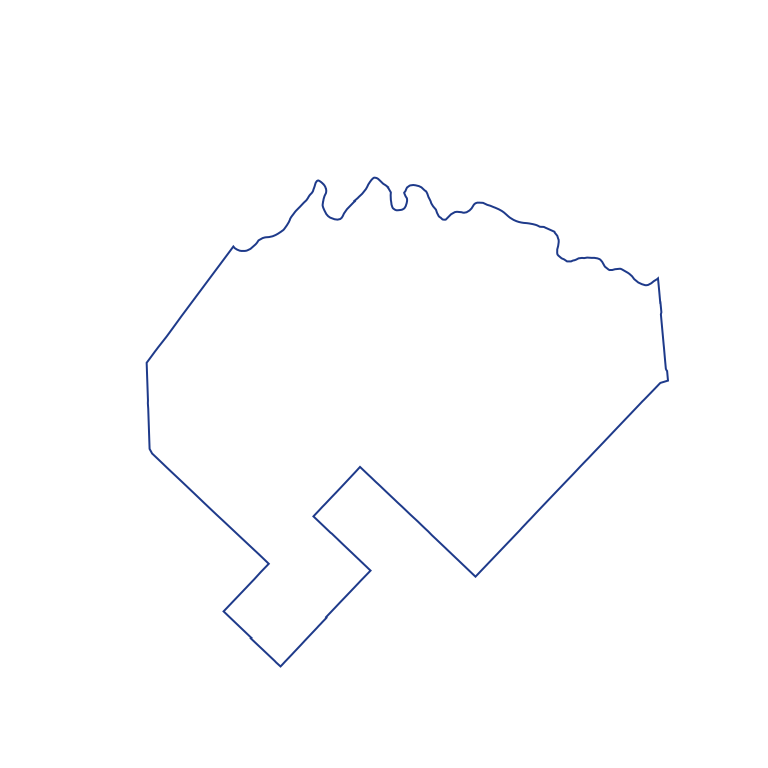 the district of Norwood Payneham and St Peters, South Australia, Australia, rotated 47°
{"feature_id": "25037944B5908676794620", "entity_name": "Norwood Payneham and St Peters", "entity_type": "district", "adm_level": 2, "iso_a3": "AUS", "parent_name": "Australia", "parent_adm1": "South Australia", "projection": "orthographic", "projection_center": [138.63, -34.908], "detail": "fine", "context": "isolated", "style": "outline", "palette": "blue", "viewbox_px": 768, "rotation_deg": 47, "n_neighbors": 0, "source": "geoboundaries", "source_scale": "gbopen_adm2", "svg_char_len": 6081}
<svg xmlns="http://www.w3.org/2000/svg" viewBox="0 0 768 768"><g transform="rotate(47 384 384)"><path d="M276.7,601.0L284.7,600.5L297.1,599.8L301.9,599.5L317.0,598.5L336.7,597.3L349.1,596.6L357.2,596.1L365.1,595.6L377.8,594.7L397.6,593.4L427.1,591.4L436.9,590.9L437.5,602.5L438.3,612.0L438.4,614.0L440.9,656.4L466.6,654.9L478.4,654.2L479.2,654.1L479.2,654.9L490.2,654.2L504.2,653.3L512.0,652.8L513.0,652.8L514.0,652.8L520.0,652.3L519.9,650.1L519.5,644.8L519.5,643.9L519.4,643.0L519.0,635.7L518.9,634.4L518.8,633.1L518.1,621.9L517.9,619.4L517.9,618.8L517.8,618.3L517.1,607.3L517.0,605.6L516.6,599.1L516.4,596.8L516.2,593.0L516.1,592.0L515.8,586.4L515.7,585.4L515.0,585.4L514.5,577.1L513.7,564.1L513.1,553.3L512.2,538.2L512.0,535.4L511.3,521.1L491.2,522.3L472.8,523.4L457.8,524.2L456.3,524.5L446.0,525.1L432.7,525.9L432.6,524.8L432.2,518.3L431.8,512.9L431.6,508.4L431.1,500.5L430.6,491.5L429.9,480.7L428.8,464.4L428.3,458.1L439.9,457.4L444.0,457.1L449.9,456.8L453.6,456.5L460.1,456.1L463.7,455.9L470.2,455.5L474.7,455.2L480.1,454.9L486.8,454.4L490.2,454.2L497.4,453.8L508.1,453.0L512.5,452.8L517.7,452.5L521.9,452.2L527.1,452.1L536.7,451.5L543.1,451.1L548.4,450.8L575.3,449.2L587.3,448.5L585.7,420.9L583.6,384.4L583.3,381.2L582.9,374.6L582.8,373.8L582.5,367.8L582.0,360.7L580.9,342.2L580.7,338.9L579.4,316.1L578.9,306.9L578.2,296.3L577.8,289.0L577.7,286.4L577.1,276.6L576.7,269.4L575.3,246.6L574.7,236.6L573.7,219.6L573.3,212.9L572.9,206.7L572.9,205.2L572.3,192.9L571.7,182.0L571.7,181.1L575.2,174.0L567.6,168.1L566.6,168.0L565.1,167.5L557.1,161.3L548.4,154.5L545.9,152.6L538.8,147.1L531.7,141.6L521.9,134.0L520.7,132.2L513.0,126.3L512.9,126.5L504.3,119.8L495.6,113.1L493.6,111.6L493.6,112.6L492.8,116.6L492.6,119.8L491.7,123.2L490.9,124.5L490.0,125.5L486.9,127.3L483.2,128.8L477.9,129.5L474.4,129.1L470.9,129.4L469.0,129.8L462.5,131.8L461.1,132.4L460.4,133.1L457.6,136.8L456.3,139.3L454.5,141.3L453.6,141.7L448.9,142.4L447.8,142.2L443.4,141.1L440.6,141.0L439.5,141.3L437.7,142.2L435.0,144.3L433.6,145.9L430.1,149.2L428.4,151.8L426.8,153.2L424.8,156.0L424.1,158.6L423.4,160.3L422.8,161.2L422.5,161.8L421.9,163.6L419.2,166.5L415.7,167.3L413.2,168.4L409.0,168.9L407.6,168.8L406.3,168.0L403.7,165.5L401.9,162.6L399.4,159.5L399.1,159.2L397.6,157.9L396.7,157.6L393.8,156.2L389.8,155.9L388.9,155.5L380.8,158.9L380.7,159.0L379.6,159.4L378.3,159.9L377.7,160.4L376.0,162.1L375.2,162.8L374.1,163.2L372.7,163.7L371.1,164.5L368.6,166.1L365.5,168.4L363.8,169.8L361.4,172.0L359.6,173.4L357.4,174.9L355.2,176.1L352.4,177.3L349.9,178.0L348.0,178.5L345.6,178.8L343.2,179.0L340.3,179.3L337.9,179.8L334.5,180.9L330.8,182.5L329.4,183.2L326.1,184.7L323.4,186.3L319.1,188.0L317.2,189.8L315.0,192.1L314.2,193.9L314.1,195.8L315.3,200.2L315.4,203.1L314.7,206.5L313.3,208.7L312.5,209.4L311.3,210.1L307.8,213.2L306.6,215.0L305.6,219.2L305.9,226.6L305.5,227.3L304.0,228.7L303.3,229.0L301.1,229.1L299.6,229.5L298.5,229.5L295.0,228.5L291.9,227.1L287.5,226.9L284.1,226.2L282.2,225.3L279.6,224.5L277.7,224.0L274.3,222.5L272.2,221.9L271.2,221.9L270.4,222.2L265.7,222.5L263.1,223.5L260.2,225.4L258.4,226.9L256.7,229.3L256.4,230.0L256.0,233.1L256.4,234.3L257.6,237.0L257.8,238.7L258.4,239.1L261.5,240.2L263.8,240.6L264.8,241.3L265.8,242.2L267.2,244.1L268.8,247.0L269.4,249.3L269.0,251.5L268.3,252.8L266.3,255.5L265.3,256.5L264.1,257.1L262.3,257.5L261.5,257.6L260.4,257.3L258.0,256.2L255.8,254.6L254.1,253.5L250.5,250.4L248.5,248.3L246.2,247.8L244.1,247.3L242.9,247.2L242.8,246.8L239.6,247.3L237.1,248.0L235.5,248.1L233.2,248.2L231.6,248.3L230.0,248.4L228.4,248.9L227.5,249.5L226.7,250.1L226.2,250.9L226.1,252.1L226.2,254.1L226.7,256.7L227.4,259.5L228.3,261.7L229.1,264.2L229.5,266.8L229.8,268.8L230.0,270.3L230.0,272.5L230.0,275.2L230.1,276.0L230.0,278.9L229.9,280.8L230.5,280.8L230.4,282.0L230.9,291.9L232.0,297.0L233.1,299.7L233.6,301.6L233.5,303.5L232.1,305.9L229.8,307.8L225.6,309.9L223.1,310.4L220.4,310.3L216.4,309.2L213.6,308.2L211.8,307.3L211.4,306.9L211.2,306.8L210.7,306.2L210.3,305.7L210.1,305.5L210.0,305.3L209.8,305.1L209.6,304.8L209.4,304.6L209.2,304.4L209.1,304.1L208.8,303.8L208.7,303.6L208.5,303.3L208.3,303.0L208.1,302.8L207.6,302.1L207.4,301.8L207.3,301.6L207.2,301.5L207.0,301.1L206.9,300.9L206.5,300.3L206.5,300.2L206.3,299.9L206.2,299.7L206.0,299.4L205.6,298.4L205.4,297.9L205.2,297.3L205.1,297.1L204.9,296.5L204.8,296.3L204.6,296.0L204.3,295.6L204.1,295.3L204.0,295.2L203.8,295.0L203.3,294.4L203.1,294.3L202.4,293.8L201.9,293.4L201.7,293.3L201.5,293.2L201.3,293.2L201.1,293.1L200.4,292.8L200.0,292.6L199.7,292.5L198.8,292.3L198.0,292.1L197.0,292.1L196.7,292.0L196.4,292.0L196.2,292.1L195.6,292.1L195.4,292.1L194.8,292.1L194.6,292.2L194.3,292.2L193.3,292.3L192.6,292.5L191.9,292.6L191.6,292.7L191.1,292.9L190.8,293.0L190.6,293.1L190.3,293.3L190.2,293.5L190.0,293.8L189.9,294.2L189.9,294.3L189.8,294.7L190.0,295.7L190.0,295.8L190.1,296.1L190.2,296.5L190.3,296.7L190.3,296.8L190.4,297.1L190.8,297.7L190.9,297.9L191.1,298.2L191.3,298.6L191.6,299.1L192.1,299.9L193.3,302.2L193.4,302.5L193.8,303.2L194.1,303.7L194.5,304.4L194.6,304.6L194.7,304.9L194.8,305.5L195.0,306.2L195.0,306.6L195.1,307.0L195.1,307.3L195.1,308.4L195.2,308.9L195.2,309.3L195.3,310.0L195.6,311.1L195.7,311.5L195.9,312.2L196.1,312.7L196.2,313.1L196.7,315.5L196.7,319.0L197.0,323.5L197.1,325.0L197.1,325.7L197.3,330.3L197.5,331.9L197.8,333.5L198.1,335.1L198.3,336.5L198.4,337.0L198.5,337.3L198.6,338.1L198.9,339.0L199.2,340.0L199.8,341.0L199.9,341.3L200.4,342.5L200.7,343.2L201.2,345.0L201.6,346.4L201.7,346.8L202.3,349.7L202.6,351.3L202.7,352.0L202.7,352.4L202.7,353.0L202.6,353.7L202.5,354.3L202.4,355.4L202.0,357.7L201.8,358.9L201.3,361.0L201.0,362.0L200.6,363.1L200.2,364.2L199.9,364.9L199.3,365.9L198.1,367.9L196.1,370.4L195.5,371.3L194.5,373.3L193.4,377.8L194.1,380.7L194.3,382.7L194.1,389.5L193.3,392.1L192.8,393.5L191.8,395.0L189.7,397.3L188.1,398.6L185.5,399.8L182.9,400.5L180.7,400.4L180.9,401.4L182.1,407.9L196.3,486.1L198.2,495.8L201.0,510.4L202.0,516.8L203.0,523.3L204.1,529.7L205.3,536.0L206.6,543.1L235.0,567.8L237.1,569.9L241.3,573.3L271.6,599.7L276.7,601.0Z" fill="none" stroke="#1e3a8a" stroke-width="2"/></g></svg>